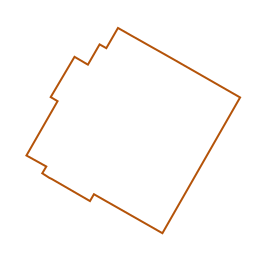 Wyandot, Ohio, United States of America, rotated 30°
{"feature_id": "52423323B18569406073310", "entity_name": "Wyandot", "entity_type": "district", "adm_level": 2, "iso_a3": "USA", "parent_name": "United States of America", "parent_adm1": "Ohio", "projection": "mercator", "projection_center": [-83.399, 40.84], "detail": "fine", "context": "isolated", "style": "outline", "palette": "amber", "viewbox_px": 256, "rotation_deg": 30, "n_neighbors": 0, "source": "geoboundaries", "source_scale": "gbopen_adm2", "svg_char_len": 370}
<svg xmlns="http://www.w3.org/2000/svg" viewBox="0 0 256 256"><g transform="rotate(30 128 128)"><path d="M84.6,46.3L69.3,46.4L69.3,69.7L61.6,69.8L61.6,93.2L46.1,93.1L45.6,139.9L53.6,140.0L53.8,202.6L76.5,202.2L76.4,210.1L84.8,210.5L87.2,210.3L131.6,210.3L131.6,202.4L210.4,201.9L209.8,45.5L131.5,45.8L84.6,46.3Z" fill="none" stroke="#b45309" stroke-width="2"/></g></svg>